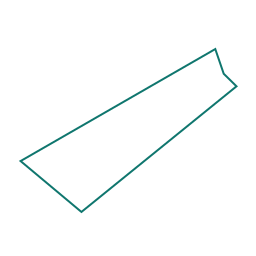 14, Ad Dawhah, Qatar, rotated 7°
{"feature_id": "91078587B44176615316419", "entity_name": "14", "entity_type": "district", "adm_level": 2, "iso_a3": "QAT", "parent_name": "Qatar", "parent_adm1": "Ad Dawhah", "projection": "equal_earth", "projection_center": [51.529, 25.277], "detail": "fine", "context": "isolated", "style": "outline", "palette": "teal", "viewbox_px": 256, "rotation_deg": 7, "n_neighbors": 0, "source": "geoboundaries", "source_scale": "gbopen_adm2", "svg_char_len": 230}
<svg xmlns="http://www.w3.org/2000/svg" viewBox="0 0 256 256"><g transform="rotate(7 128 128)"><path d="M25.4,173.9L92.0,217.0L230.6,73.4L216.4,62.5L205.0,39.0L25.4,173.9Z" fill="none" stroke="#0f766e" stroke-width="2"/></g></svg>